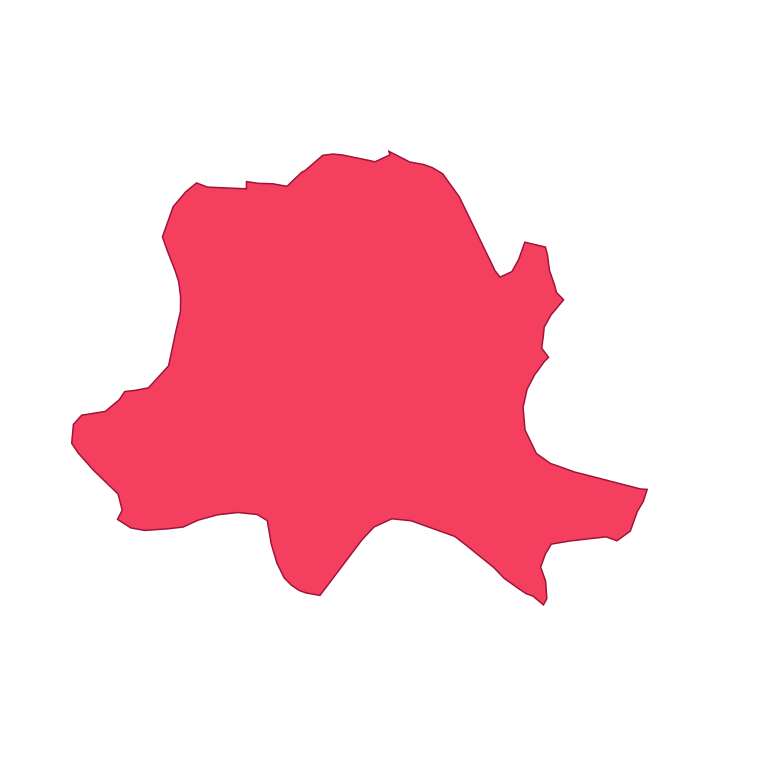 Minuf City, Al Minufiyah, Egypt (Robinson projection), rotated 288°
{"feature_id": "37247803B55746965305944", "entity_name": "Minuf City", "entity_type": "district", "adm_level": 2, "iso_a3": "EGY", "parent_name": "Egypt", "parent_adm1": "Al Minufiyah", "projection": "robinson", "projection_center": [30.931, 30.462], "detail": "fine", "context": "isolated", "style": "filled", "palette": "rose", "viewbox_px": 768, "rotation_deg": 288, "n_neighbors": 0, "source": "geoboundaries", "source_scale": "gbopen_adm2", "svg_char_len": 1551}
<svg xmlns="http://www.w3.org/2000/svg" viewBox="0 0 768 768"><g transform="rotate(288 384 384)"><path d="M519.6,528.8L524.3,519.8L531.3,515.3L543.1,506.3L557.1,499.7L564.1,495.2L562.4,474.1L544.1,473.6L530.4,470.9L521.5,461.3L526.2,454.4L531.0,449.9L540.4,440.8L554.6,427.2L568.8,413.6L585.3,397.7L602.1,374.8L604.7,363.2L605.0,353.8L603.1,339.8L606.8,316.8L603.7,318.8L592.6,306.8L589.0,273.9L587.0,264.6L582.6,255.1L562.3,242.8L560.1,240.4L542.0,230.6L540.1,216.5L536.0,202.4L534.0,190.7L527.1,192.8L516.7,155.2L517.3,143.6L505.8,136.2L487.6,128.7L455.5,127.8L443.7,136.8L427.3,150.3L417.9,157.1L403.9,163.7L390.0,168.0L369.3,169.8L334.7,173.5L307.5,161.1L301.0,149.2L296.7,139.7L287.5,137.2L271.8,127.4L260.9,106.1L249.6,101.1L231.1,105.3L223.9,114.4L211.8,135.1L197.2,165.1L183.1,174.0L172.9,172.4L168.9,187.7L170.8,201.7L179.4,223.0L185.9,237.2L197.0,249.2L208.0,265.8L216.6,284.7L220.7,303.6L218.0,315.2L197.0,326.2L180.6,337.5L168.8,348.9L164.0,358.1L161.4,367.3L161.2,374.3L163.1,388.4L172.3,391.6L229.0,411.2L244.9,418.7L258.2,433.1L262.3,451.9L260.9,498.5L255.9,512.4L243.5,544.8L236.2,558.6L231.1,574.8L228.5,584.1L228.3,591.1L223.2,603.9L230.2,605.2L246.5,598.6L258.2,589.6L272.0,590.0L283.4,592.6L292.1,609.2L307.2,642.3L306.9,654.0L320.3,663.7L327.2,663.9L341.0,664.3L352.4,666.9L365.1,666.9L363.4,660.3L359.2,592.3L359.9,566.6L365.0,550.4L383.9,532.3L404.8,523.5L423.2,521.7L439.2,524.4L455.1,529.6L460.2,532.3L466.8,522.9L478.4,520.8L487.6,518.8L501.3,521.5L519.6,528.8Z" fill="#f43f5e" stroke="#9f1239" stroke-width="1.5"/></g></svg>